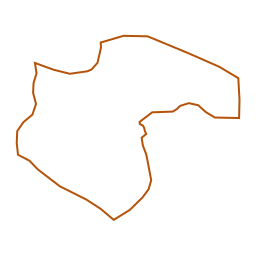 an SVG outline of Osmaniye, rotated 91°
{"feature_id": "TUR-4842", "entity_name": "Osmaniye", "entity_type": "Province", "adm_level": 1, "iso_a3": "TUR", "parent_name": "Turkey", "parent_adm1": "", "projection": "equal_earth", "projection_center": [36.291, 37.313], "detail": "fine", "context": "isolated", "style": "outline", "palette": "amber", "viewbox_px": 256, "rotation_deg": 91, "n_neighbors": 0, "source": "natural_earth", "source_scale": "10m", "svg_char_len": 771}
<svg xmlns="http://www.w3.org/2000/svg" viewBox="0 0 256 256"><g transform="rotate(91 128 128)"><path d="M116.1,17.1L116.0,41.3L110.7,50.5L104.0,58.2L102.1,67.6L105.0,76.3L108.3,79.6L110.8,83.5L111.9,104.1L121.7,116.5L123.8,116.3L125.3,113.2L127.7,111.8L130.7,111.1L133.6,109.7L137.5,114.2L145.3,112.8L154.1,109.3L160.9,107.8L179.8,103.9L188.8,106.3L197.1,112.2L209.9,124.8L220.1,140.7L209.5,153.7L200.4,168.2L187.5,195.1L171.1,217.3L162.4,226.0L156.7,237.5L144.9,239.0L133.1,238.7L124.0,232.7L116.3,223.8L105.6,220.4L94.4,223.5L84.6,223.2L74.9,220.4L64.6,222.2L71.1,203.2L74.8,187.1L72.0,169.6L70.1,165.4L63.3,159.6L47.9,156.4L43.0,156.8L35.9,134.1L36.0,110.0L51.8,69.9L65.2,37.8L76.2,18.6L98.0,17.0L116.1,17.1Z" fill="none" stroke="#b45309" stroke-width="2"/></g></svg>